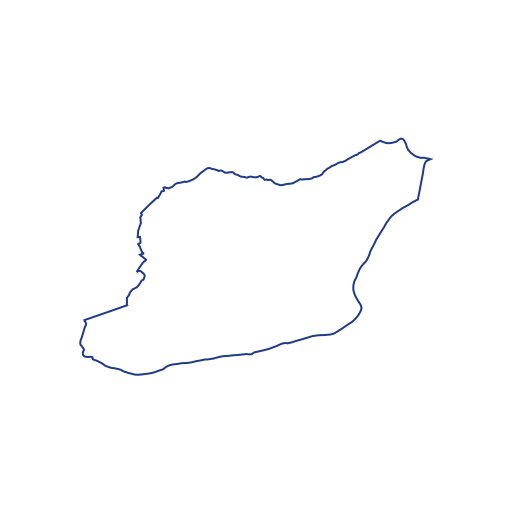 the district of San Eduardo, Boyacá, Colombia, rotated 56°
{"feature_id": "7082276B69252308572734", "entity_name": "San Eduardo", "entity_type": "district", "adm_level": 2, "iso_a3": "COL", "parent_name": "Colombia", "parent_adm1": "Boyacá", "projection": "equal_earth", "projection_center": [-73.043, 5.237], "detail": "fine", "context": "isolated", "style": "outline", "palette": "blue", "viewbox_px": 512, "rotation_deg": 56, "n_neighbors": 0, "source": "geoboundaries", "source_scale": "gbopen_adm2", "svg_char_len": 6118}
<svg xmlns="http://www.w3.org/2000/svg" viewBox="0 0 512 512"><g transform="rotate(56 256 256)"><path d="M334.9,314.9L334.9,311.5L338.3,302.7L340.2,297.3L341.3,292.9L342.2,289.0L342.8,285.2L343.5,282.5L344.1,281.2L344.5,280.5L345.4,279.2L346.1,278.7L346.2,278.3L347.9,273.7L348.8,270.4L350.9,264.1L351.5,262.0L352.6,258.7L352.8,257.8L353.3,256.1L354.2,253.5L356.3,249.2L357.5,247.1L359.3,244.3L362.3,239.0L363.2,237.0L363.8,235.0L363.9,234.1L364.0,233.1L364.3,225.3L364.2,220.7L364.3,219.3L364.2,216.3L364.3,215.0L364.3,212.8L363.9,209.9L363.4,207.9L362.5,204.9L361.6,202.8L359.9,199.6L358.9,198.3L357.6,197.4L356.8,197.0L355.0,196.6L347.4,196.3L344.0,195.9L340.6,195.0L338.7,194.3L336.7,193.1L334.4,191.3L332.7,189.4L332.2,188.8L331.2,187.3L330.2,185.4L329.7,184.5L327.6,181.7L325.3,178.2L324.5,176.7L323.5,174.3L322.7,171.7L322.4,169.8L322.2,168.7L321.6,167.2L321.2,166.3L320.1,164.2L319.0,162.4L317.3,160.0L316.5,159.3L314.8,156.4L312.5,151.9L310.7,148.8L310.1,148.0L309.5,146.9L308.5,144.5L308.0,143.7L307.7,142.7L306.6,140.3L306.1,139.2L305.7,138.4L304.8,136.3L303.6,133.5L302.8,132.1L301.0,128.3L300.8,127.4L299.8,124.8L299.1,122.7L298.8,121.6L298.5,119.6L298.3,118.0L298.2,114.0L298.2,113.3L298.3,110.4L298.2,108.4L298.3,107.2L298.6,104.6L298.7,102.0L298.9,100.9L298.9,97.9L299.0,95.7L299.6,91.0L299.8,90.3L281.8,72.4L280.7,71.3L280.1,70.8L276.5,67.5L276.1,67.0L274.6,65.4L273.4,63.8L272.5,61.8L273.3,57.3L272.8,57.8L271.5,58.7L270.0,60.4L268.5,61.7L266.6,64.8L264.3,66.6L262.5,67.9L260.1,68.9L256.7,70.0L253.2,70.5L249.9,70.0L247.0,69.0L243.6,68.6L241.3,68.8L239.7,70.2L239.4,72.2L239.7,75.6L238.2,80.1L236.8,82.8L235.3,84.7L232.3,87.1L229.8,88.6L228.7,111.5L228.3,112.6L228.2,113.3L228.6,114.6L228.5,115.6L228.4,116.6L227.9,117.1L227.8,119.2L227.5,121.2L227.5,122.2L227.1,125.9L227.1,127.4L227.0,129.1L226.8,130.0L226.7,131.0L226.4,132.0L225.7,132.9L224.9,135.3L224.8,137.1L224.7,138.6L224.3,141.3L223.8,142.3L223.7,143.4L223.9,144.4L223.8,146.0L223.6,147.7L223.6,149.2L223.9,149.8L223.9,151.4L224.2,152.8L224.4,153.7L225.3,155.7L225.1,156.8L225.0,158.4L224.4,160.6L223.8,162.3L223.4,163.1L222.9,163.6L222.9,164.5L223.0,166.1L222.4,167.7L221.6,169.6L220.8,170.7L219.3,173.2L218.3,175.2L217.2,176.2L216.9,177.0L216.9,178.8L216.6,181.3L216.4,183.9L215.9,185.9L213.4,190.4L212.1,194.1L211.1,196.0L207.8,198.7L206.4,199.7L203.1,200.5L201.5,201.0L200.6,201.7L200.1,202.8L199.9,203.5L198.4,204.6L198.1,205.7L197.6,206.3L197.1,206.4L195.4,206.4L194.0,207.3L192.7,207.7L192.2,207.7L191.9,208.0L191.7,208.7L191.5,209.8L191.2,210.9L190.7,212.1L190.0,213.1L189.0,214.2L188.1,215.0L187.4,215.8L186.7,216.9L186.3,218.3L186.1,219.3L185.8,219.9L185.3,220.5L184.4,221.1L183.3,222.2L182.1,223.8L181.3,224.5L179.8,225.2L178.7,225.8L176.4,227.6L175.4,228.0L174.5,228.0L173.7,228.3L173.1,229.0L172.3,230.3L170.8,233.3L170.1,234.4L169.3,235.3L166.6,236.4L165.9,236.8L165.3,237.4L164.7,239.3L164.3,239.6L163.4,240.0L162.6,240.6L160.2,242.7L159.0,243.9L157.5,244.9L156.5,246.2L156.0,247.6L156.1,251.9L156.3,253.1L156.2,254.3L156.5,257.3L156.9,258.5L157.0,259.6L157.3,260.7L157.4,263.0L157.3,265.9L157.0,267.3L156.6,268.9L156.2,270.9L155.6,272.3L155.0,273.3L154.4,273.5L153.8,275.5L153.5,275.9L153.4,276.7L152.7,278.2L151.8,279.9L151.6,280.5L151.3,281.9L151.3,283.6L151.8,285.5L151.8,286.8L151.7,287.4L151.4,288.5L151.3,289.9L151.0,290.7L150.1,291.5L149.4,292.4L148.4,292.9L147.9,293.5L147.7,294.6L150.5,295.8L149.6,298.4L150.6,299.8L153.0,304.7L153.1,304.9L152.6,305.5L152.3,305.6L154.0,316.7L156.1,327.4L156.2,327.5L157.9,327.5L158.1,327.6L158.9,329.4L159.0,330.0L159.2,330.3L159.6,330.4L160.0,330.7L160.3,330.9L160.9,331.0L161.3,331.2L162.5,332.2L163.6,332.5L164.0,332.9L164.3,333.1L164.8,333.8L165.7,334.7L166.3,335.8L168.0,338.0L168.4,338.5L169.5,339.9L171.7,341.5L172.3,342.1L173.1,342.6L174.2,343.6L175.4,341.6L178.2,342.9L180.5,344.5L180.3,346.3L180.1,346.7L180.3,347.0L181.5,347.1L182.2,347.0L182.7,347.1L183.7,347.1L184.7,347.5L186.7,347.8L187.2,348.0L189.2,348.3L189.7,348.0L190.0,348.0L190.7,347.8L190.9,347.9L191.0,348.1L191.0,348.6L190.6,349.6L190.5,349.9L190.4,350.3L190.1,351.1L190.0,351.5L191.5,351.2L192.0,350.9L197.6,349.2L197.9,350.1L198.2,351.2L198.0,352.3L198.1,352.9L198.2,353.6L198.5,354.0L200.5,359.3L202.6,363.9L202.7,361.9L202.8,361.4L204.0,360.2L204.6,359.8L205.7,359.7L206.5,359.4L207.7,359.0L208.5,359.1L209.4,359.0L210.1,359.4L211.0,360.1L211.9,361.4L212.7,362.6L212.5,363.0L212.5,363.6L212.4,364.1L212.5,364.8L213.0,365.9L213.8,367.4L215.1,371.3L215.2,372.2L215.2,373.3L215.0,374.3L215.0,375.1L214.8,375.8L214.7,377.1L215.4,379.5L215.4,379.8L215.7,380.6L216.1,381.3L217.3,383.1L217.8,384.2L218.4,386.3L218.8,386.6L219.7,387.1L220.0,387.4L220.6,387.9L221.8,388.5L222.7,389.3L222.9,389.4L223.7,390.1L224.1,390.2L224.4,390.4L224.8,390.4L213.0,434.9L213.2,434.6L213.5,434.5L215.1,434.3L215.7,434.4L216.8,434.6L217.4,434.9L217.8,435.3L218.5,436.1L219.0,437.2L219.7,438.2L226.4,446.4L227.7,448.4L228.9,449.6L230.3,450.6L230.7,450.9L231.3,451.0L231.5,451.0L235.2,450.8L237.0,450.8L237.3,450.9L237.8,451.3L238.6,453.0L239.7,453.8L240.9,454.5L241.7,454.7L242.2,454.7L243.4,454.2L244.4,453.4L245.8,451.8L246.6,450.2L247.1,449.5L247.6,448.9L248.5,448.2L249.2,448.4L249.7,448.8L249.8,448.9L250.3,448.9L251.2,448.5L252.4,447.7L253.0,447.1L254.7,446.0L258.5,443.9L262.2,442.5L263.2,442.0L263.8,441.6L264.4,441.1L265.4,440.5L267.6,438.7L268.6,437.7L269.3,436.7L272.6,433.5L274.6,431.8L275.0,431.6L276.3,431.1L278.0,430.0L278.7,429.6L279.3,428.9L282.3,426.7L283.0,425.9L286.5,422.8L288.0,420.9L288.6,420.0L288.9,419.3L289.6,418.3L290.4,416.8L291.8,413.9L292.6,412.6L292.8,411.9L293.5,410.8L293.9,409.5L294.0,409.5L294.1,409.2L295.4,406.0L296.9,400.0L297.8,397.1L297.9,395.6L297.7,392.4L297.9,390.2L298.0,389.7L298.5,388.1L299.4,385.6L301.5,381.7L302.3,379.7L302.8,378.6L304.4,375.7L305.9,373.4L307.6,370.1L309.0,366.6L309.9,363.9L311.2,361.3L312.4,358.2L313.1,356.5L313.7,355.5L314.6,354.1L315.1,353.1L316.3,350.6L317.1,348.9L319.2,342.7L319.9,341.0L320.7,339.2L323.2,335.0L325.6,330.4L328.7,324.9L331.0,320.6L331.7,319.0L333.6,316.8L334.5,315.5L334.9,314.9Z" fill="none" stroke="#1e3a8a" stroke-width="2"/></g></svg>